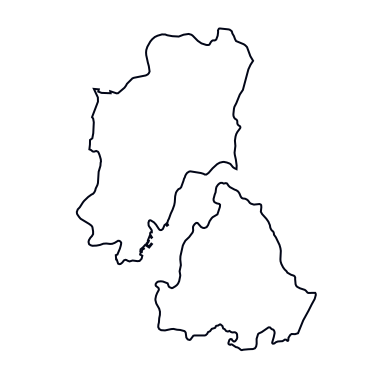 Antsiranana I, Diana, Madagascar, rotated 176°
{"feature_id": "10022922B77517626674469", "entity_name": "Antsiranana I", "entity_type": "district", "adm_level": 2, "iso_a3": "MDG", "parent_name": "Madagascar", "parent_adm1": "Diana", "projection": "robinson", "projection_center": [49.261, -12.291], "detail": "fine", "context": "isolated", "style": "outline", "palette": "ink", "viewbox_px": 384, "rotation_deg": 176, "n_neighbors": 0, "source": "geoboundaries", "source_scale": "gbopen_adm2", "svg_char_len": 6011}
<svg xmlns="http://www.w3.org/2000/svg" viewBox="0 0 384 384"><g transform="rotate(176 192 192)"><path d="M291.4,241.7L289.8,240.9L288.5,239.6L287.8,239.2L286.8,239.1L284.7,239.6L283.1,238.8L282.6,238.1L281.7,235.5L280.7,231.0L280.7,228.6L281.1,227.6L281.5,224.6L283.7,218.7L285.2,207.5L285.9,205.5L287.8,202.2L288.5,200.1L289.6,198.3L291.0,197.0L292.4,196.5L295.9,194.3L300.1,190.8L301.5,189.3L305.0,184.6L307.2,182.6L308.3,180.1L308.2,178.3L307.8,177.4L306.4,175.0L305.0,173.1L296.8,167.3L294.6,165.4L293.8,163.9L293.4,159.6L293.6,156.9L294.9,155.0L296.6,153.4L298.2,151.1L298.7,149.4L298.4,147.5L298.2,147.0L296.7,145.9L295.1,145.3L291.0,145.2L287.5,145.6L284.0,146.6L281.1,146.6L277.3,145.9L275.2,145.9L272.8,146.6L269.1,148.5L267.9,148.3L266.9,147.6L266.2,146.4L266.3,145.3L266.8,143.5L267.9,140.5L270.8,134.8L272.4,134.3L272.4,130.0L271.8,129.9L270.7,125.7L269.6,125.1L268.3,125.2L266.4,126.5L264.7,128.5L263.2,129.0L262.1,128.7L261.2,128.0L259.2,127.1L256.0,127.8L251.1,126.8L249.1,126.9L246.9,129.0L246.0,131.9L248.1,133.2L247.4,135.5L246.3,135.5L246.1,136.5L247.6,136.7L247.3,138.4L245.9,139.4L245.2,138.1L243.9,138.8L244.7,140.3L242.4,142.5L238.6,139.6L235.6,142.8L236.2,143.3L238.7,140.7L241.3,142.8L240.8,143.9L240.2,143.7L239.6,145.5L239.0,145.1L238.4,146.4L239.3,147.0L237.1,151.5L235.7,149.1L235.1,149.5L236.7,152.6L236.6,153.9L236.0,154.7L234.9,154.6L234.8,156.1L235.1,157.2L237.3,160.9L237.6,161.8L237.6,164.4L236.8,166.3L236.1,166.7L235.2,166.6L232.1,164.4L230.2,162.0L227.8,157.7L227.0,156.6L226.2,156.2L225.1,156.2L223.6,157.2L221.7,160.9L220.3,161.8L219.3,160.1L218.2,160.8L219.2,162.8L218.6,163.4L217.9,165.3L216.9,166.9L214.7,171.9L212.6,175.7L210.7,180.0L209.9,183.0L209.1,188.9L208.0,192.5L207.0,194.0L205.3,195.8L203.8,196.3L202.5,197.5L199.7,203.8L199.0,205.8L198.1,207.2L197.5,208.8L196.5,210.3L195.4,211.5L193.3,212.6L192.1,212.7L181.8,210.3L179.2,209.3L178.0,208.5L176.5,208.4L174.1,209.9L169.8,214.2L165.0,218.0L162.3,219.3L159.3,219.8L158.1,219.8L155.2,219.0L152.6,217.8L151.6,217.1L149.4,213.9L147.9,212.7L146.0,211.7L145.6,215.2L146.0,221.4L146.7,226.1L146.8,228.3L145.5,234.9L145.6,240.2L144.7,244.3L143.8,246.7L142.5,248.8L139.5,252.3L139.2,253.3L139.6,254.3L140.9,255.2L141.7,256.2L142.0,257.4L141.9,259.2L142.0,260.1L142.6,261.1L143.9,262.0L144.8,263.3L145.3,265.0L145.3,266.7L144.3,272.3L143.7,274.1L141.6,277.5L137.5,285.9L134.1,290.3L127.2,310.4L124.7,314.9L121.9,318.6L124.3,323.4L127.0,332.7L128.6,334.6L130.1,335.8L137.5,339.5L138.4,341.5L139.3,344.6L140.7,347.4L140.9,348.8L141.3,349.8L143.1,351.3L144.4,351.7L152.9,353.2L153.8,353.0L154.8,351.4L154.8,349.7L155.5,346.1L157.2,342.4L158.7,341.6L160.5,341.8L161.5,341.4L162.7,340.3L164.2,338.0L164.8,337.6L165.7,337.5L167.5,337.7L172.2,339.6L175.7,342.4L180.4,347.9L181.6,348.9L184.3,349.9L189.4,349.5L194.4,348.0L200.7,348.8L205.8,350.1L207.7,351.0L211.0,351.3L215.5,350.3L218.3,349.2L221.0,347.2L223.1,345.0L226.4,340.0L227.7,336.8L228.1,334.3L228.1,331.7L227.0,324.1L226.3,320.6L225.9,315.2L226.7,313.6L227.9,312.4L230.0,311.5L241.9,310.0L243.5,309.5L249.3,304.5L250.5,302.6L252.1,300.7L258.9,295.7L260.4,295.7L266.5,298.2L266.3,296.2L275.4,297.2L278.5,298.7L277.8,300.9L282.7,301.7L279.3,292.9L279.5,288.7L286.5,273.6L285.5,272.2L285.1,268.4L286.4,257.5L287.7,252.5L290.1,251.0L290.5,246.4L291.4,241.7ZM76.1,82.8L83.1,83.2L83.9,83.7L85.2,85.5L86.3,86.5L91.0,88.4L93.6,90.0L94.6,91.2L95.1,92.8L95.2,98.1L95.0,99.3L95.4,100.6L96.2,101.4L99.1,102.6L102.5,104.9L103.2,106.3L105.0,108.3L106.4,110.5L107.9,114.1L108.5,116.7L108.5,118.7L107.5,127.1L107.7,129.7L108.4,133.1L111.5,140.9L113.2,143.7L113.2,145.0L113.5,146.3L114.1,147.2L115.1,148.1L115.9,149.6L116.4,151.1L116.6,153.4L117.9,157.1L119.7,160.1L123.6,165.1L124.7,167.5L123.9,171.9L123.9,174.0L124.2,174.6L125.5,175.3L131.1,175.1L133.9,176.2L135.1,177.1L136.6,179.5L137.9,180.7L139.5,181.6L141.7,182.0L142.8,182.6L143.7,184.0L144.8,187.3L146.0,189.3L147.6,190.6L149.5,191.5L153.9,194.3L155.2,195.8L156.4,198.0L157.6,198.5L159.8,198.2L161.3,199.0L162.7,199.1L163.9,198.7L165.5,197.5L167.2,195.4L167.8,193.7L168.5,190.0L169.5,187.9L171.0,183.5L171.0,181.9L170.3,180.3L168.2,179.0L165.6,178.2L164.9,177.3L165.2,175.2L168.2,167.9L173.2,165.4L174.4,164.3L176.5,161.6L178.3,157.8L179.9,155.9L182.2,155.2L183.5,155.4L185.3,156.4L188.6,160.7L189.9,160.9L191.3,160.0L192.6,158.6L193.3,157.4L193.5,156.2L193.5,153.5L194.2,151.6L198.0,147.2L202.0,143.9L203.9,141.0L204.9,139.2L208.0,128.8L208.4,125.5L208.2,119.8L209.9,113.8L209.5,109.8L209.7,108.7L211.0,104.0L212.3,101.6L213.6,100.2L215.2,99.1L217.9,97.7L218.8,97.5L220.7,98.4L221.7,99.2L222.7,102.6L227.2,104.7L229.3,105.1L232.0,105.0L233.5,104.2L234.6,102.8L234.8,101.8L234.6,100.9L232.2,98.7L231.8,97.4L232.0,96.5L233.9,93.5L235.1,91.0L236.0,87.7L236.0,86.5L235.4,83.2L232.9,77.9L232.3,74.8L232.6,71.6L233.5,68.4L234.1,64.2L234.8,61.9L235.1,59.6L234.3,57.6L232.4,56.3L228.6,55.8L222.3,56.7L220.0,56.7L216.7,55.7L213.4,55.2L209.3,53.8L208.6,53.1L208.1,52.1L207.8,47.2L206.6,45.3L204.9,44.6L203.9,44.8L200.7,48.5L199.6,48.7L189.4,48.0L188.3,48.2L186.6,49.6L185.9,51.0L183.7,51.9L181.8,54.1L178.6,54.8L178.1,55.2L177.7,56.3L177.1,56.8L175.2,57.0L173.6,57.9L172.8,57.9L171.0,56.2L170.4,53.7L169.0,52.9L167.6,50.9L165.9,50.3L164.3,50.8L163.0,49.7L161.7,49.1L159.0,49.1L157.7,48.3L157.0,47.0L157.0,43.7L157.5,42.3L159.1,40.4L159.9,39.9L160.9,40.0L162.2,41.3L162.7,42.4L164.0,42.6L165.1,41.7L166.2,38.9L166.2,38.1L165.8,37.5L164.6,36.9L163.7,37.3L162.8,37.1L159.0,34.2L157.5,33.8L156.0,32.8L154.2,31.1L153.3,30.8L151.7,31.1L146.6,31.2L142.1,31.1L140.1,31.7L138.8,33.4L138.1,36.0L137.8,41.0L136.0,45.6L135.3,46.2L132.2,47.4L125.1,51.6L123.7,51.5L122.1,49.7L120.7,49.1L119.9,48.2L119.5,47.0L119.4,45.6L120.5,41.7L122.5,36.3L122.4,35.5L121.8,35.0L120.4,35.2L118.8,36.3L116.8,36.9L112.1,36.9L109.6,38.3L108.4,38.1L107.3,36.9L106.8,36.8L106.3,37.3L105.9,39.9L103.9,42.6L102.5,43.4L99.2,43.0L96.1,43.7L90.0,56.2L84.0,65.5L80.5,71.4L77.1,76.7L75.7,80.6L75.7,81.8L76.1,82.8Z" fill="none" stroke="#020617" stroke-width="2"/></g></svg>